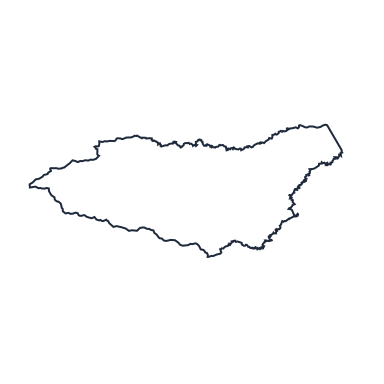 outline of Florencia, Caquetá, Colombia, rotated 255°
{"feature_id": "7082276B38105968828187", "entity_name": "Florencia", "entity_type": "district", "adm_level": 2, "iso_a3": "COL", "parent_name": "Colombia", "parent_adm1": "Caquetá", "projection": "robinson", "projection_center": [-75.56, 1.758], "detail": "fine", "context": "isolated", "style": "outline", "palette": "slate", "viewbox_px": 384, "rotation_deg": 255, "n_neighbors": 0, "source": "geoboundaries", "source_scale": "gbopen_adm2", "svg_char_len": 6090}
<svg xmlns="http://www.w3.org/2000/svg" viewBox="0 0 384 384"><g transform="rotate(255 192 192)"><path d="M245.2,188.1L245.3,187.0L244.8,186.7L244.0,187.1L243.7,186.3L244.3,183.6L244.2,182.1L243.4,180.2L244.0,178.4L243.9,174.0L244.7,173.5L245.6,174.1L246.3,173.6L247.2,173.7L247.4,172.9L246.8,171.6L248.4,172.0L248.9,171.2L249.9,170.8L250.2,169.9L251.2,169.1L251.2,168.5L251.7,168.3L251.6,167.2L252.2,167.3L252.9,166.5L254.2,167.0L255.1,164.5L255.4,161.7L256.3,161.4L257.4,157.9L256.9,157.4L260.7,153.5L260.5,152.7L261.2,151.0L260.6,149.2L260.5,147.1L261.6,142.7L261.1,139.0L261.3,137.9L262.2,136.9L263.2,134.0L263.1,133.0L261.5,131.3L261.3,130.1L262.6,126.1L262.9,122.6L263.6,121.3L263.5,118.4L264.9,115.5L262.6,115.0L260.5,113.9L260.3,113.1L261.1,111.0L260.9,109.6L260.0,110.2L258.6,110.4L257.7,111.7L253.1,110.3L251.7,110.7L251.0,111.5L248.8,107.7L248.7,104.4L249.5,102.8L249.2,100.0L250.3,97.0L250.2,93.8L250.9,92.1L250.4,89.5L252.3,87.1L253.5,84.8L251.5,81.5L248.7,74.8L248.9,73.2L248.5,72.5L249.0,69.1L250.0,67.4L251.6,61.6L251.1,61.0L248.8,61.2L247.9,58.1L246.7,57.1L246.8,53.3L245.5,51.6L244.4,47.9L244.6,44.3L242.4,40.5L241.6,37.5L241.3,37.1L238.3,36.6L237.7,42.2L235.4,44.7L235.2,46.4L234.2,48.0L233.3,51.3L233.6,52.3L232.5,54.6L229.9,54.1L227.3,54.7L225.0,55.5L222.5,57.8L220.4,57.5L219.3,57.9L217.6,59.4L217.2,60.6L214.6,62.3L210.4,62.1L209.3,62.7L206.8,62.3L204.1,64.2L203.8,67.3L202.3,69.1L201.9,71.3L202.2,74.1L201.1,76.1L199.0,76.5L198.1,77.4L197.6,79.0L197.7,81.4L196.9,82.8L195.6,83.5L194.7,84.7L192.6,88.3L193.1,91.3L190.1,92.6L188.6,94.9L188.7,96.4L187.4,97.4L186.9,98.4L187.4,102.1L186.5,102.4L185.5,103.6L183.3,104.0L178.6,107.1L178.6,110.3L176.1,115.0L173.8,118.6L170.8,121.0L170.6,124.0L168.8,128.9L170.7,132.3L170.7,133.6L170.2,136.5L168.0,139.1L167.4,141.2L166.0,142.5L164.9,144.8L162.3,145.0L160.2,146.7L155.9,148.5L154.8,150.9L152.9,151.9L151.9,153.1L151.4,154.7L151.2,159.2L149.8,163.1L146.5,165.8L144.3,166.7L142.6,168.9L141.7,174.3L142.3,177.2L141.6,178.5L141.5,182.0L140.6,183.4L138.2,184.8L134.3,185.6L133.1,188.1L131.0,189.1L130.2,189.1L129.1,190.7L127.2,191.0L125.3,190.3L125.1,191.4L125.2,194.2L124.7,196.0L125.2,199.6L125.1,203.5L126.1,204.7L129.4,204.4L129.3,205.3L129.9,206.1L129.3,207.5L130.6,209.7L130.7,213.0L131.6,213.5L131.1,214.7L132.4,214.7L131.9,216.0L133.3,217.6L134.0,217.5L134.0,218.2L133.3,218.6L134.0,219.5L134.0,220.6L133.8,221.1L133.0,221.0L132.5,221.4L132.4,223.2L130.0,226.8L128.3,226.6L126.7,228.1L126.4,229.3L127.1,230.5L126.7,231.3L124.4,232.2L124.2,233.2L123.0,233.7L122.2,235.4L122.6,235.6L122.5,236.1L121.5,236.6L122.2,238.9L121.2,238.7L121.3,239.5L120.7,239.9L120.9,240.7L119.8,240.5L120.3,242.6L119.2,242.9L119.4,243.6L120.7,244.6L120.4,245.1L119.5,245.1L119.1,245.9L121.0,247.6L121.6,246.4L122.9,246.5L124.4,248.3L124.5,249.1L125.2,249.4L125.3,250.5L126.3,250.2L126.2,250.8L124.6,253.5L124.7,256.5L125.2,256.4L125.4,254.9L127.5,254.6L128.2,255.6L128.6,254.5L129.1,254.5L130.1,256.3L129.6,256.9L130.2,257.4L130.6,259.3L131.6,260.1L130.9,260.4L130.3,262.4L131.5,262.6L132.2,263.9L133.5,262.9L134.1,263.1L134.3,264.1L133.5,264.2L133.5,265.3L133.8,266.0L133.5,266.8L134.3,268.0L134.9,268.3L136.6,268.0L137.2,269.2L140.5,271.7L139.5,272.7L140.0,273.7L139.6,275.1L140.9,278.1L140.7,278.7L141.3,279.1L141.1,280.0L142.0,283.5L141.4,286.7L141.7,287.9L143.0,288.7L143.6,288.4L142.3,286.5L142.9,284.7L148.6,283.9L149.8,283.0L150.6,280.9L151.1,281.4L151.3,283.3L152.5,285.1L153.3,285.6L153.6,288.0L156.4,286.5L157.9,287.3L158.6,286.1L160.1,286.5L160.4,284.9L161.0,285.3L161.2,286.7L163.7,285.2L163.9,285.7L163.3,286.9L163.4,287.9L164.6,289.1L164.9,290.7L166.1,290.7L167.6,291.7L167.0,293.5L168.1,293.0L168.0,296.8L168.8,297.0L169.2,295.8L169.8,295.7L171.0,297.6L170.6,298.8L171.0,299.8L171.5,300.3L172.3,300.0L172.8,300.4L172.6,302.5L173.1,304.9L173.5,305.1L173.9,304.7L173.2,302.9L173.5,302.3L174.5,303.3L175.2,305.9L176.6,305.0L177.4,305.3L177.8,306.6L178.8,306.7L179.1,308.8L177.8,309.1L177.8,309.6L179.5,309.8L180.0,310.9L181.3,310.8L182.0,311.8L183.6,311.4L183.0,314.7L183.1,316.6L184.7,321.4L186.4,322.0L185.9,324.4L187.1,325.0L185.9,325.8L186.1,327.4L185.2,327.8L185.1,328.7L184.1,328.4L185.1,330.3L184.3,330.5L183.8,328.9L183.0,329.1L182.9,329.8L183.7,331.0L182.7,333.0L183.1,333.4L184.5,333.4L184.4,335.3L185.6,335.7L186.5,336.9L187.4,337.5L187.5,338.2L187.0,339.0L187.2,339.5L188.7,338.9L188.1,340.8L186.7,340.9L186.6,341.3L188.8,343.7L190.1,343.8L190.1,344.5L188.7,345.3L191.1,345.6L191.2,347.3L192.7,347.0L193.7,347.4L221.6,339.8L222.5,338.1L222.4,335.8L221.6,333.1L221.7,329.5L223.8,326.2L225.0,322.2L224.5,320.2L225.1,318.2L227.5,315.4L228.7,313.4L228.5,312.6L226.7,311.9L226.1,310.7L227.6,309.0L227.6,305.2L228.0,303.5L227.6,302.2L228.5,301.3L228.9,300.4L228.5,300.0L227.4,300.8L226.6,298.7L226.6,296.9L227.5,295.5L226.9,294.5L228.1,293.6L227.7,292.7L227.7,291.4L226.4,290.9L225.5,289.0L225.7,288.2L226.7,287.6L226.1,286.2L226.3,284.4L224.1,283.8L222.9,282.8L224.2,280.5L222.9,279.7L222.0,276.6L220.6,274.3L221.5,273.2L221.3,271.9L222.2,271.4L222.1,270.6L221.3,270.7L221.0,270.3L222.0,268.1L221.4,265.2L220.8,263.5L220.0,262.8L219.7,261.0L221.6,259.3L221.8,257.3L220.7,257.5L221.5,254.4L220.1,253.1L219.6,250.3L221.2,250.4L221.6,249.4L221.1,247.9L221.6,246.6L223.0,244.1L223.8,244.3L224.3,243.9L224.1,243.2L223.0,242.5L224.1,241.9L224.2,240.7L223.4,239.8L224.4,238.8L224.7,237.6L223.3,237.4L223.3,236.2L227.1,236.4L227.7,235.0L229.4,234.0L229.6,231.8L230.3,231.3L230.3,230.6L229.1,229.1L229.4,226.6L228.9,225.8L230.0,223.9L230.0,223.0L231.1,223.4L231.6,222.8L231.0,221.4L232.3,221.3L234.2,219.0L234.0,218.3L233.4,218.6L232.9,218.0L233.6,215.6L235.9,214.9L237.8,215.1L238.0,214.5L239.7,214.4L239.8,213.3L240.7,213.1L240.8,211.7L239.5,210.3L239.4,208.7L238.2,208.3L236.5,208.4L236.1,209.0L235.5,207.9L236.3,207.9L236.2,207.3L236.7,206.7L236.3,204.9L237.3,205.0L239.0,203.5L239.0,202.3L239.6,202.2L240.5,201.2L240.3,200.3L241.0,198.2L240.6,196.6L239.3,195.9L238.5,194.1L238.9,192.9L238.0,193.2L237.9,192.6L240.2,191.6L240.7,190.5L243.4,189.1L244.4,189.7L245.2,188.1Z" fill="none" stroke="#1e293b" stroke-width="2"/></g></svg>